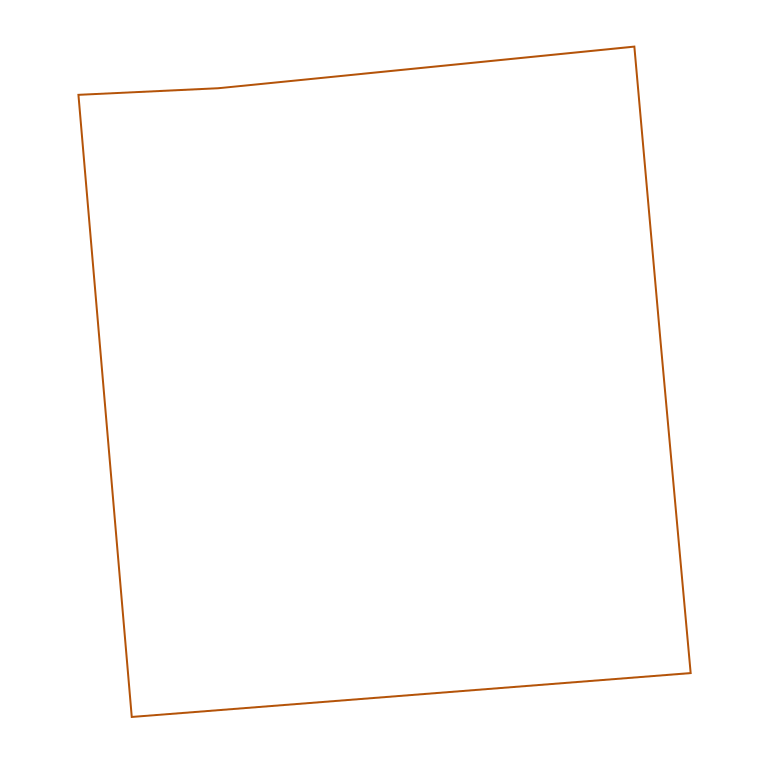 the district of Wexford, Michigan, United States of America, rotated 265°
{"feature_id": "52423323B1059568410794", "entity_name": "Wexford", "entity_type": "district", "adm_level": 2, "iso_a3": "USA", "parent_name": "United States of America", "parent_adm1": "Michigan", "projection": "robinson", "projection_center": [-85.559, 44.339], "detail": "fine", "context": "isolated", "style": "outline", "palette": "amber", "viewbox_px": 768, "rotation_deg": 265, "n_neighbors": 0, "source": "geoboundaries", "source_scale": "gbopen_adm2", "svg_char_len": 259}
<svg xmlns="http://www.w3.org/2000/svg" viewBox="0 0 768 768"><g transform="rotate(265 384 384)"><path d="M74.3,103.7L69.3,664.3L401.1,663.2L556.5,663.0L698.3,662.8L693.1,244.5L698.7,104.8L74.3,103.7Z" fill="none" stroke="#b45309" stroke-width="2"/></g></svg>